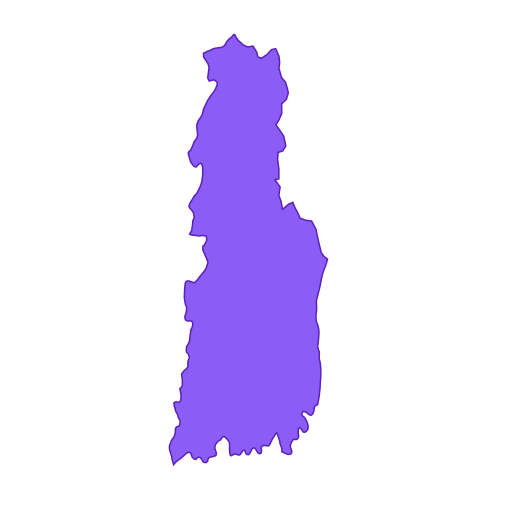 Pastavy, Vitebsk, Belarus (Natural Earth projection), rotated 97°
{"feature_id": "67162791B41761210959552", "entity_name": "Pastavy", "entity_type": "district", "adm_level": 2, "iso_a3": "BLR", "parent_name": "Belarus", "parent_adm1": "Vitebsk", "projection": "natural_earth1", "projection_center": [27.066, 55.118], "detail": "fine", "context": "isolated", "style": "filled", "palette": "violet", "viewbox_px": 512, "rotation_deg": 97, "n_neighbors": 0, "source": "geoboundaries", "source_scale": "gbopen_adm2", "svg_char_len": 5344}
<svg xmlns="http://www.w3.org/2000/svg" viewBox="0 0 512 512"><g transform="rotate(97 256 256)"><path d="M61.7,332.8L65.0,332.2L66.9,330.5L71.1,327.0L74.4,325.6L79.1,325.6L85.2,325.6L88.1,323.7L87.1,321.5L86.3,319.2L87.1,317.5L88.3,315.8L90.8,315.4L94.8,316.5L98.1,317.8L101.3,319.9L105.2,321.8L107.7,323.0L112.7,324.7L116.5,326.0L119.4,326.2L122.3,326.6L125.7,328.1L128.6,329.7L131.9,330.6L134.8,330.6L138.8,329.7L142.7,328.7L146.1,329.1L150.2,331.3L154.6,332.4L159.0,333.8L161.3,335.8L163.6,335.4L166.7,334.0L170.5,332.4L173.4,329.8L174.8,328.0L175.0,326.3L172.5,324.5L170.8,322.8L171.3,321.1L174.0,319.9L177.5,319.3L182.1,318.8L188.5,318.8L192.9,319.6L196.7,320.8L201.3,322.5L203.3,324.2L207.7,326.2L211.5,328.0L214.8,328.7L217.1,327.0L218.1,325.6L220.4,323.6L225.2,321.9L228.7,323.0L232.1,322.8L234.6,322.9L238.5,323.0L242.5,324.6L243.1,322.2L242.9,319.2L243.1,315.0L242.3,312.1L242.1,309.3L242.5,307.7L244.3,307.2L246.6,306.9L251.8,308.7L252.5,309.9L256.2,309.6L259.6,307.7L264.4,304.8L268.1,302.9L274.1,304.0L277.5,305.6L280.0,307.2L282.7,308.9L287.5,311.7L290.2,314.1L289.2,318.1L288.9,319.9L289.6,322.3L291.5,322.9L292.9,322.9L297.7,322.8L303.7,322.3L306.4,322.0L312.9,320.1L314.2,319.1L316.4,318.4L320.6,318.4L324.6,319.3L327.9,318.4L328.9,316.2L328.3,312.8L329.0,311.3L331.5,310.4L334.6,310.7L337.5,311.7L341.5,311.7L344.6,311.7L347.9,311.6L351.2,312.4L354.2,313.8L357.3,313.8L359.8,313.4L361.5,311.3L364.4,309.9L366.0,309.9L367.9,310.6L371.5,310.6L374.2,309.9L376.9,311.8L378.7,313.5L382.1,315.5L384.4,315.0L387.1,314.2L390.2,313.7L394.6,313.4L396.7,315.2L396.8,315.4L397.7,315.1L401.8,313.9L404.6,313.2L407.3,313.2L409.0,313.3L410.6,314.6L410.6,316.6L410.4,317.6L411.5,319.5L414.8,319.0L415.9,318.2L417.6,317.7L420.1,316.6L421.8,315.4L422.9,314.5L425.9,313.4L427.2,312.3L428.2,311.4L430.3,311.1L431.5,311.1L433.2,311.2L434.2,311.8L434.8,313.1L435.6,314.3L437.2,314.9L439.7,314.7L441.8,314.6L445.5,315.3L447.9,316.7L450.0,317.6L452.0,318.1L454.0,318.6L456.1,318.7L457.4,318.5L459.6,317.9L460.9,317.2L463.1,316.3L465.2,315.2L467.9,314.6L471.2,313.2L473.2,312.3L470.5,310.6L468.3,308.6L466.4,306.3L464.4,304.6L462.4,302.8L459.9,300.5L459.0,298.9L459.2,297.1L460.8,296.2L462.0,295.5L463.6,294.7L464.3,293.7L465.1,292.5L465.3,290.9L464.0,290.1L463.0,289.1L462.6,288.2L462.9,287.0L463.6,285.9L464.7,285.0L466.2,283.9L466.9,283.0L467.3,281.9L467.0,280.1L465.7,279.0L464.3,278.9L462.4,278.5L461.4,277.5L461.0,276.2L460.3,274.2L459.8,273.2L459.5,272.2L458.4,271.3L456.6,271.3L455.4,271.8L453.3,272.8L451.7,273.4L449.8,273.5L448.7,273.4L446.1,272.2L444.9,271.3L443.5,269.9L442.7,268.6L440.5,267.7L439.5,266.8L439.2,265.2L439.9,264.1L440.9,263.0L441.8,261.9L443.5,260.1L445.5,259.4L448.3,259.1L451.4,258.7L453.6,258.3L455.2,257.9L457.1,257.1L457.2,256.0L456.4,255.0L455.6,254.0L455.0,252.6L455.0,251.4L455.6,249.9L455.6,248.3L454.8,247.3L453.2,246.5L451.4,245.6L450.1,244.7L450.1,243.6L450.9,243.1L452.1,242.7L453.4,241.9L454.2,240.5L454.1,239.1L452.7,238.0L451.2,237.5L448.4,236.6L447.2,235.8L446.8,234.9L447.0,233.8L447.6,233.0L448.6,232.2L449.5,231.5L450.9,230.4L451.5,229.3L451.8,228.0L451.0,226.9L448.9,226.7L448.2,226.8L446.9,227.5L446.0,227.5L445.2,227.5L444.0,226.8L443.1,225.3L443.0,223.9L443.0,222.2L443.1,220.6L441.4,219.3L439.7,218.8L437.0,217.9L435.6,217.4L432.8,216.0L429.9,214.7L429.0,214.0L429.8,213.2L431.9,212.3L434.0,211.2L436.0,210.3L437.3,209.8L439.0,209.4L441.3,208.2L443.0,207.3L444.6,206.9L446.2,206.5L447.1,206.5L447.7,204.8L448.1,203.4L448.4,202.4L448.8,201.3L448.9,200.4L448.9,198.7L448.5,197.7L447.5,196.7L446.6,196.7L445.2,196.7L443.6,197.5L442.3,198.2L440.1,198.8L437.2,198.4L434.4,197.0L433.4,196.4L433.3,195.2L433.4,193.9L432.4,192.4L430.3,191.7L429.1,191.8L427.0,192.4L423.9,192.8L422.4,192.7L421.1,191.9L421.3,191.1L422.6,189.7L423.9,188.7L425.0,187.6L424.9,185.8L423.5,184.4L421.6,183.4L419.9,183.4L418.1,183.6L415.8,184.6L413.8,185.6L411.2,187.4L409.9,188.8L409.1,190.3L407.4,191.2L406.1,191.3L404.8,190.7L404.7,188.8L404.8,187.4L406.1,185.4L407.1,183.8L407.3,181.8L406.1,180.6L403.3,179.8L401.4,179.6L399.2,179.6L398.1,179.4L397.1,178.6L396.8,177.8L396.1,176.8L393.6,176.6L391.2,176.4L387.6,176.2L383.6,176.3L380.0,176.3L375.7,176.6L371.0,176.9L367.7,177.0L363.9,177.5L360.0,178.0L356.8,178.6L353.1,179.6L350.8,180.6L348.1,181.1L346.3,181.1L343.4,181.5L341.9,182.4L338.4,183.8L335.8,183.8L330.4,183.8L328.9,183.9L326.6,184.0L322.8,184.4L320.0,185.1L316.6,186.5L314.5,187.7L311.8,188.6L308.7,189.1L306.1,189.3L303.0,189.3L299.7,189.5L296.7,190.1L292.8,190.6L290.8,190.3L286.5,189.8L278.6,188.8L273.7,188.5L270.4,188.2L265.5,187.7L261.1,186.9L256.8,185.6L250.4,184.6L248.2,188.4L244.6,191.7L231.7,196.5L222.1,199.8L214.5,205.1L214.5,211.0L213.0,216.9L208.5,219.6L203.4,223.1L198.3,226.0L200.4,229.7L206.4,235.4L198.6,237.8L193.2,240.7L184.5,240.5L178.2,246.4L176.7,242.7L167.4,243.8L157.1,246.4L150.5,246.7L148.5,242.3L143.1,239.8L133.7,243.1L129.5,246.7L123.2,252.2L118.7,250.0L111.2,247.8L101.9,249.1L96.8,244.9L90.2,243.8L85.1,245.6L79.7,248.0L75.8,252.4L66.8,256.1L61.1,256.1L55.0,257.5L47.8,261.7L49.3,265.8L54.7,269.6L58.9,274.5L58.3,278.4L53.4,280.2L48.0,284.6L49.5,289.5L48.3,294.1L43.7,300.5L38.9,304.1L38.8,304.9L42.1,307.3L44.0,309.3L47.2,311.4L51.0,312.8L53.3,315.9L53.8,318.3L55.2,323.2L57.5,326.7L58.9,329.4L61.2,332.9L61.7,332.8Z" fill="#8b5cf6" stroke="#5b21b6" stroke-width="1.5"/></g></svg>